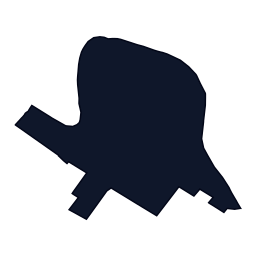 Grindu, Tulcea, Romania (Robinson projection)
{"feature_id": "2599482B48217588549451", "entity_name": "Grindu", "entity_type": "district", "adm_level": 2, "iso_a3": "ROU", "parent_name": "Romania", "parent_adm1": "Tulcea", "projection": "robinson", "projection_center": [28.213, 45.412], "detail": "fine", "context": "isolated", "style": "filled", "palette": "ink", "viewbox_px": 256, "rotation_deg": 0, "n_neighbors": 0, "source": "geoboundaries", "source_scale": "gbopen_adm2", "svg_char_len": 2123}
<svg xmlns="http://www.w3.org/2000/svg" viewBox="0 0 256 256"><path d="M104.1,37.3L100.4,36.9L100.0,36.8L93.7,37.7L88.2,41.5L85.7,44.9L84.8,46.2L83.0,49.1L81.5,52.2L79.8,58.1L78.7,64.5L78.1,71.9L77.7,76.4L77.5,79.9L77.7,84.6L79.1,98.0L79.1,99.5L79.0,103.4L79.1,104.0L79.6,106.1L79.6,106.3L79.9,107.3L80.0,107.8L80.6,110.5L81.0,112.4L80.3,118.7L80.2,119.5L80.1,120.1L79.3,122.6L77.0,124.7L72.7,126.5L71.1,126.3L67.2,126.0L66.3,125.9L66.1,125.9L65.8,125.9L63.8,124.8L63.5,124.6L62.4,124.0L57.3,121.1L57.0,120.9L56.7,120.8L55.9,120.3L53.9,119.2L53.4,118.9L52.5,118.4L52.3,118.3L49.7,116.6L33.8,106.7L31.8,105.5L29.9,108.4L27.9,111.7L27.7,111.7L27.4,111.8L27.1,112.0L26.7,112.2L26.4,112.4L26.1,112.7L25.9,112.8L25.7,113.0L25.3,113.3L25.2,113.5L24.8,114.1L24.6,114.5L24.2,115.2L23.9,115.5L23.6,115.8L23.5,116.0L23.3,116.2L22.9,116.7L22.6,117.0L22.4,117.2L22.2,117.4L21.4,118.2L20.6,119.1L19.9,119.9L19.1,120.8L18.3,121.6L17.6,122.4L16.8,123.3L16.0,124.1L15.4,124.9L15.5,125.0L20.1,128.2L58.6,155.3L58.8,155.6L58.6,155.9L63.6,160.7L67.0,163.5L68.6,161.7L81.1,169.4L86.8,172.9L80.2,182.2L73.5,191.5L72.2,193.5L73.8,194.6L78.4,197.5L75.7,201.1L69.1,209.7L72.4,211.5L73.0,211.8L86.4,219.2L89.6,214.8L101.2,198.7L106.8,190.9L109.0,189.4L111.1,187.9L113.7,189.5L125.5,196.7L137.4,204.0L156.7,215.7L172.1,195.6L178.9,186.7L193.9,196.0L199.8,189.1L213.2,197.3L208.6,202.7L208.7,202.8L209.6,203.4L217.5,208.3L223.9,212.4L227.1,208.4L234.6,209.2L238.7,208.6L240.3,208.3L240.6,208.3L237.6,203.3L237.5,203.1L237.2,202.6L236.3,200.9L235.0,198.7L234.7,198.2L231.6,192.9L229.8,189.4L229.6,188.9L229.4,188.5L229.0,187.6L222.5,177.5L220.7,175.2L214.3,167.1L207.2,154.7L207.0,154.3L203.6,148.1L201.6,138.8L203.5,121.8L203.5,121.4L203.5,120.8L203.6,120.0L205.3,105.2L205.3,104.6L205.4,98.0L205.4,94.4L205.3,93.3L200.2,83.4L196.5,75.4L195.7,74.2L195.3,73.8L188.7,66.8L180.3,60.2L167.3,54.1L163.1,52.7L162.1,52.4L161.0,52.2L157.6,51.3L154.3,50.3L143.3,46.4L137.3,44.8L133.6,43.6L130.3,42.5L129.0,42.1L120.7,39.4L117.3,38.7L113.8,38.6L112.6,38.6L108.3,38.9L106.8,38.4L105.4,37.8L104.1,37.3Z" fill="#0f172a" stroke="#020617" stroke-width="1.5"/></svg>